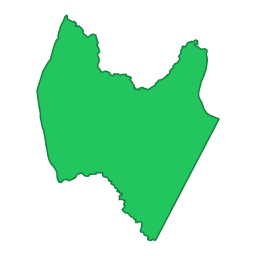 outline of Lalay Gash, Gash Barka, Eritrea
{"feature_id": "51966322B3150290200372", "entity_name": "Lalay Gash", "entity_type": "district", "adm_level": 2, "iso_a3": "ERI", "parent_name": "Eritrea", "parent_adm1": "Gash Barka", "projection": "albers", "projection_center": [37.404, 14.623], "detail": "fine", "context": "isolated", "style": "filled", "palette": "green", "viewbox_px": 256, "rotation_deg": 0, "n_neighbors": 0, "source": "geoboundaries", "source_scale": "gbopen_adm2", "svg_char_len": 5656}
<svg xmlns="http://www.w3.org/2000/svg" viewBox="0 0 256 256"><path d="M66.8,15.4L66.0,15.8L64.8,17.0L64.2,18.5L63.9,20.0L62.9,22.1L62.0,23.4L60.2,27.5L59.9,29.4L59.6,30.7L58.9,31.8L58.0,35.9L58.1,36.9L58.7,37.9L58.7,38.3L57.1,39.4L56.7,39.9L55.6,42.0L55.3,42.9L53.7,47.3L53.5,48.7L53.0,49.8L51.1,56.6L50.4,59.8L48.8,61.3L43.0,71.2L37.0,90.6L38.7,104.1L40.4,113.5L40.2,116.3L42.2,126.5L42.8,128.5L43.4,129.8L44.0,132.0L44.8,136.9L45.3,138.7L45.4,140.1L45.8,142.7L46.0,144.9L46.9,148.7L47.4,152.2L48.0,155.7L49.2,160.1L50.4,162.6L51.7,164.6L54.1,167.3L55.8,170.0L57.1,173.0L57.0,176.2L57.6,179.3L58.5,181.3L59.1,182.2L59.4,182.1L60.4,182.5L61.0,182.4L63.9,179.9L66.6,179.2L67.1,179.4L67.2,179.9L68.0,180.1L68.4,180.5L68.6,180.6L71.7,179.6L73.0,178.8L74.2,178.4L75.1,177.6L75.6,177.3L76.0,177.0L76.2,176.4L76.4,175.5L77.1,174.5L77.9,174.3L78.7,173.8L80.0,173.3L81.2,173.2L81.8,173.3L82.6,173.8L84.8,175.7L86.1,176.2L87.6,176.2L88.7,176.0L89.1,175.5L89.5,174.4L89.9,174.2L91.7,174.4L92.3,174.2L92.8,173.9L94.7,174.0L95.0,174.2L95.9,174.1L96.3,173.9L96.5,173.1L97.3,172.8L100.7,172.7L101.7,172.9L102.6,172.7L102.7,172.8L102.8,173.3L102.7,174.6L102.9,175.6L103.4,176.5L104.9,177.1L106.2,177.2L107.5,177.6L108.0,178.2L108.6,179.6L108.6,180.6L109.4,181.2L109.9,181.3L111.4,180.8L111.9,180.9L112.0,181.1L112.0,181.5L111.2,182.3L110.9,182.7L111.1,183.7L111.4,184.0L113.8,185.1L114.7,186.1L114.7,187.1L114.8,187.6L115.7,188.2L117.3,188.7L117.5,189.0L117.5,189.8L117.2,190.3L117.0,190.8L117.0,191.1L117.2,191.5L117.4,191.7L118.0,191.8L118.8,191.3L119.2,191.1L119.5,191.5L119.6,192.7L120.2,193.7L120.7,193.8L121.9,193.2L122.2,193.4L122.1,194.3L121.8,195.0L121.3,195.3L119.7,195.8L119.3,196.1L119.3,196.5L119.5,197.2L119.6,198.0L119.6,198.3L119.3,198.7L119.2,199.1L119.4,199.5L119.7,199.6L121.0,199.4L122.6,199.5L123.1,199.7L123.7,200.5L124.1,200.6L124.9,200.3L125.1,200.8L125.2,201.4L124.6,202.0L124.1,203.0L123.7,204.8L124.0,205.2L124.8,205.8L125.1,206.5L124.1,207.7L123.6,208.1L123.2,208.2L122.4,209.2L122.3,209.7L122.5,210.0L123.3,211.1L125.4,212.9L125.9,213.1L127.3,212.8L127.6,212.9L129.4,214.9L130.1,215.5L130.5,216.4L131.0,216.8L132.4,217.0L133.0,217.5L134.5,219.4L135.6,219.7L135.8,220.1L135.5,221.9L135.7,222.3L136.5,222.6L136.9,222.6L138.6,221.9L141.1,221.7L141.7,222.4L141.8,223.0L141.7,226.3L141.2,228.2L141.2,228.6L140.8,229.2L140.4,230.5L140.5,231.8L141.0,232.0L142.9,232.1L143.1,232.3L143.5,232.9L144.0,234.3L144.3,234.8L145.4,235.5L146.1,235.4L146.6,235.6L148.1,236.8L148.2,237.1L148.2,237.3L147.6,238.7L148.0,239.8L149.3,240.2L150.0,240.2L150.4,240.6L152.2,239.7L152.5,239.4L153.2,239.3L153.8,239.5L154.2,240.2L154.8,240.4L155.5,239.6L155.9,239.6L219.0,119.0L210.3,115.5L207.9,114.0L206.3,112.6L205.8,111.6L203.9,109.3L203.6,108.6L203.6,107.8L203.0,106.5L202.9,105.4L202.1,103.9L201.9,102.5L201.4,102.0L200.3,100.1L199.7,98.9L199.4,98.5L199.1,97.5L198.7,96.9L198.6,94.5L198.6,92.4L200.6,84.3L200.8,82.8L202.6,78.9L203.4,76.6L204.2,74.9L204.9,72.2L205.5,71.1L205.7,70.5L206.2,68.1L206.9,63.6L207.3,59.7L206.8,56.2L206.3,55.2L206.6,52.9L206.9,51.8L206.9,50.2L205.2,48.9L204.5,48.7L204.2,49.0L203.4,49.1L201.5,49.2L200.8,49.1L198.7,47.7L197.9,46.5L196.6,46.3L194.8,45.7L194.6,45.3L194.4,44.7L194.7,44.3L195.7,44.0L197.4,44.4L197.6,44.0L197.8,41.7L197.6,41.1L197.5,40.9L196.0,40.1L195.6,40.0L195.2,40.2L194.2,41.0L193.7,41.6L192.1,41.8L191.3,41.4L189.6,42.4L189.0,42.2L188.3,42.4L187.9,42.7L186.8,44.1L185.7,46.5L185.1,46.7L183.0,46.1L182.8,46.5L182.9,46.9L182.1,47.3L182.6,48.0L182.1,48.9L181.6,49.2L181.0,50.4L180.8,51.1L180.9,52.2L180.8,53.4L179.1,55.7L178.8,56.6L178.9,57.0L179.8,58.3L179.8,58.9L179.7,59.7L179.4,60.1L178.0,61.4L177.9,61.7L177.2,63.0L174.9,63.8L174.1,65.2L173.3,65.7L173.1,66.1L173.3,67.1L173.2,67.6L172.8,68.1L171.7,68.8L171.0,69.8L170.0,70.4L169.9,72.0L169.3,73.7L168.8,74.4L168.5,74.7L167.4,74.8L167.2,75.0L167.1,75.6L165.6,76.6L165.5,77.1L165.4,77.4L163.6,78.3L162.7,79.1L161.5,79.8L158.5,80.3L158.0,81.5L157.8,81.7L155.9,83.1L155.8,84.3L155.2,84.7L154.9,85.4L154.4,85.6L153.8,86.2L153.2,86.3L148.7,89.3L147.8,89.7L147.6,89.7L145.1,88.4L144.8,88.4L144.8,88.8L144.6,89.0L144.3,89.0L142.7,87.4L140.0,88.0L139.8,88.1L140.0,88.4L139.8,89.1L139.2,89.8L138.2,89.3L138.0,89.0L137.5,88.8L137.0,89.2L136.1,89.3L134.6,89.1L134.4,88.9L135.1,87.8L135.0,87.6L134.3,87.5L134.2,87.4L134.1,86.8L134.2,85.8L134.1,85.4L133.7,84.8L132.9,84.1L132.7,83.7L132.1,82.0L131.8,81.5L131.3,81.1L130.8,81.0L129.9,79.7L131.2,78.4L131.0,77.4L130.3,76.8L129.0,76.7L128.0,76.3L126.5,76.3L126.4,75.9L126.6,75.4L126.0,74.2L125.7,74.2L125.2,74.4L123.8,74.6L123.4,74.4L122.5,74.4L121.9,74.6L120.9,75.5L120.2,75.0L119.4,74.8L118.1,73.9L116.5,74.0L115.4,74.2L114.5,73.7L113.9,74.0L113.6,74.8L112.6,75.8L112.2,75.7L111.6,75.3L110.8,75.1L110.5,74.9L110.2,74.4L110.0,73.6L109.6,72.9L107.9,71.9L106.5,71.4L105.2,71.2L104.2,71.4L103.0,72.1L102.5,72.2L102.0,72.1L101.1,71.7L100.3,70.1L98.1,67.5L98.0,67.1L98.1,66.4L97.8,65.3L97.9,63.7L98.0,63.4L99.1,62.3L99.1,60.4L99.0,58.7L98.8,58.1L98.6,57.4L97.9,56.3L97.6,54.7L97.7,53.7L97.8,53.3L98.0,53.1L99.6,52.3L99.4,50.6L99.2,50.0L98.8,49.6L98.7,48.5L98.0,47.2L97.5,45.8L96.7,44.7L96.8,44.3L97.8,43.5L98.1,42.9L98.2,42.5L98.1,42.3L97.4,41.7L97.2,40.8L97.2,39.6L96.3,38.8L96.3,38.3L96.5,37.3L95.6,36.0L95.6,35.1L95.1,35.2L94.1,34.4L93.7,34.3L91.8,34.5L90.5,35.1L89.7,35.8L88.8,36.9L88.2,37.2L87.4,37.2L85.9,35.4L84.0,34.3L83.4,33.4L83.1,32.4L83.1,30.8L83.0,30.1L82.2,29.3L81.2,27.8L78.9,26.1L77.9,25.9L76.5,26.5L76.1,26.3L75.7,25.9L75.6,25.7L76.2,25.4L76.3,25.3L75.9,22.8L74.8,22.5L74.6,22.3L74.6,21.6L74.1,21.5L73.0,21.7L72.2,21.6L67.9,19.4L67.4,18.4L67.3,16.0L66.8,15.4Z" fill="#22c55e" stroke="#15803d" stroke-width="1.5"/></svg>